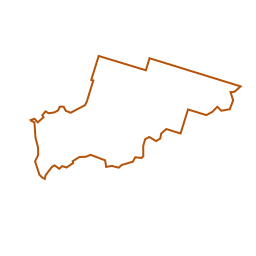 Deer Lodge, Montana, United States of America, rotated 17°
{"feature_id": "52423323B11224737758851", "entity_name": "Deer Lodge", "entity_type": "district", "adm_level": 2, "iso_a3": "USA", "parent_name": "United States of America", "parent_adm1": "Montana", "projection": "mercator", "projection_center": [-113.129, 46.012], "detail": "fine", "context": "isolated", "style": "outline", "palette": "amber", "viewbox_px": 256, "rotation_deg": 17, "n_neighbors": 0, "source": "geoboundaries", "source_scale": "gbopen_adm2", "svg_char_len": 941}
<svg xmlns="http://www.w3.org/2000/svg" viewBox="0 0 256 256"><g transform="rotate(17 128 128)"><path d="M118.5,171.6L123.5,169.0L130.8,168.6L132.8,165.2L142.5,158.8L143.5,153.9L149.7,152.7L150.9,150.5L147.8,140.8L147.7,133.7L150.9,130.4L158.7,132.3L161.9,128.7L161.4,123.6L164.9,117.8L179.8,117.9L179.9,112.4L180.0,92.7L199.1,92.8L204.0,87.8L207.2,81.6L212.2,84.2L219.8,80.3L220.5,70.9L215.6,63.7L219.3,62.2L223.5,55.3L128.2,55.0L128.2,67.6L78.9,67.7L78.8,92.8L80.9,92.7L80.9,114.7L80.2,118.7L68.7,130.2L63.4,129.7L60.2,126.4L56.5,127.6L56.0,131.6L52.9,134.7L47.8,137.1L44.3,136.2L42.3,140.9L44.1,142.5L40.0,149.0L36.0,146.5L32.5,148.9L32.8,149.3L36.9,150.0L42.4,164.4L47.7,173.0L50.0,180.1L48.9,187.1L56.9,198.5L60.3,200.4L63.3,201.0L63.0,197.2L66.6,187.5L68.7,185.2L74.2,187.1L76.2,183.7L80.7,183.8L85.8,177.6L84.8,175.9L90.0,170.0L96.3,167.7L100.1,164.6L115.6,165.6L118.5,171.6Z" fill="none" stroke="#b45309" stroke-width="2"/></g></svg>